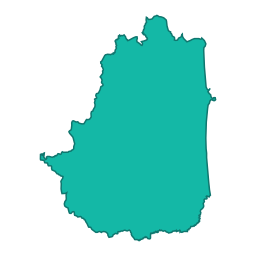 Sichon, Nakhon Si Thammarat, Thailand (Natural Earth projection)
{"feature_id": "78962969B22761856957978", "entity_name": "Sichon", "entity_type": "district", "adm_level": 2, "iso_a3": "THA", "parent_name": "Thailand", "parent_adm1": "Nakhon Si Thammarat", "projection": "natural_earth1", "projection_center": [99.813, 8.965], "detail": "fine", "context": "isolated", "style": "filled", "palette": "teal", "viewbox_px": 256, "rotation_deg": 0, "n_neighbors": 0, "source": "geoboundaries", "source_scale": "gbopen_adm2", "svg_char_len": 5774}
<svg xmlns="http://www.w3.org/2000/svg" viewBox="0 0 256 256"><path d="M101.5,82.2L101.7,82.9L102.9,84.2L103.0,85.2L102.6,85.7L100.8,86.8L100.1,89.7L98.4,93.1L96.5,93.7L96.1,94.3L95.8,95.8L96.6,97.4L96.7,98.0L96.3,98.5L95.2,98.7L94.6,99.2L95.1,100.6L94.5,102.6L95.1,104.7L94.9,106.8L93.2,109.8L92.8,111.1L91.5,111.6L91.0,113.3L91.2,116.7L90.8,117.6L89.5,119.3L87.8,119.6L86.5,119.5L83.9,123.8L81.9,123.9L79.1,123.2L77.8,121.8L76.1,122.0L73.9,121.0L73.1,120.8L72.3,121.3L72.0,122.0L71.7,123.0L71.8,125.3L71.4,128.8L71.0,129.9L69.4,131.0L68.9,131.8L69.7,133.4L72.8,137.0L73.2,138.0L74.7,143.8L73.8,146.4L73.7,148.8L72.6,149.9L71.5,150.3L71.0,151.1L69.0,151.4L68.0,152.2L63.4,152.3L62.3,151.8L61.6,152.6L61.1,154.0L60.2,154.4L59.1,153.8L58.0,153.7L56.7,155.5L56.3,155.7L55.6,155.6L55.3,156.0L54.9,155.9L54.0,156.9L53.4,156.7L52.3,157.3L49.3,156.5L47.3,156.5L46.4,157.2L46.7,158.5L45.7,159.5L43.6,157.0L43.9,156.4L44.3,153.0L43.8,153.2L43.3,154.6L42.5,155.4L42.1,155.1L42.0,153.9L40.5,154.4L40.4,159.1L40.6,159.9L43.9,160.4L44.3,161.1L44.7,162.7L47.5,163.1L48.1,165.3L48.4,165.8L50.8,165.8L51.3,166.0L51.6,166.6L51.6,168.4L52.0,169.9L55.1,171.3L57.1,173.8L58.1,173.9L58.9,174.8L59.9,175.0L60.5,175.8L63.0,176.5L62.7,178.3L61.4,180.4L60.9,181.5L61.3,183.6L61.1,188.9L61.5,191.5L62.0,193.6L65.5,193.4L66.7,192.7L66.1,194.9L66.3,198.8L66.1,199.9L64.9,201.6L64.3,203.9L64.7,205.9L65.8,206.9L68.1,208.1L68.4,209.8L69.3,212.9L69.8,213.3L71.0,213.4L72.5,211.8L73.7,211.7L74.1,212.0L74.3,212.6L74.5,214.8L74.7,215.3L76.6,215.9L77.8,217.0L80.6,216.5L81.1,216.8L81.9,218.1L83.6,218.4L84.3,219.7L85.2,220.0L85.7,221.6L87.0,223.5L88.6,227.1L90.7,227.3L91.9,229.4L95.8,232.3L97.3,232.3L99.1,231.5L100.0,231.6L101.4,232.4L102.0,231.9L103.4,231.5L105.5,231.8L107.4,233.3L107.8,234.1L108.0,235.6L109.0,237.3L112.0,236.7L112.7,236.1L113.1,234.9L115.1,233.6L115.9,233.4L116.5,233.7L117.6,233.7L117.9,233.2L117.8,232.1L118.1,231.7L119.9,231.7L121.2,231.0L122.5,231.1L124.2,230.3L125.0,230.2L126.1,230.7L127.3,230.9L129.3,230.1L130.3,230.9L130.7,232.3L131.2,233.0L131.5,233.8L131.3,234.4L132.0,235.9L134.3,238.6L134.6,239.5L136.1,239.7L136.9,239.4L137.7,239.9L138.1,239.8L138.7,240.5L139.3,240.6L140.0,240.2L139.8,239.7L140.2,239.4L141.8,239.3L142.7,238.6L143.1,238.6L143.2,238.0L144.3,237.7L144.6,237.2L145.7,237.5L145.9,236.8L147.0,237.4L147.9,238.6L149.6,238.9L150.1,238.7L150.5,238.0L150.5,234.1L150.8,233.2L151.3,233.1L151.8,233.6L152.2,233.3L152.8,233.4L153.0,232.8L153.5,232.7L153.8,232.9L154.1,232.3L154.8,232.8L155.6,231.5L156.6,232.3L156.9,232.0L156.8,231.5L157.1,231.4L157.5,232.4L158.1,232.2L158.1,231.1L159.4,230.6L159.6,230.1L160.2,230.6L160.9,230.2L161.0,230.5L161.9,230.5L163.1,231.2L164.9,230.7L165.6,231.1L166.2,231.9L167.9,232.4L168.6,233.0L171.8,232.3L172.6,231.3L173.3,231.1L174.3,231.1L174.9,230.7L175.8,231.1L176.2,230.5L176.5,231.5L177.2,231.3L177.7,230.8L178.2,231.0L178.5,230.8L179.3,230.9L179.8,230.2L180.2,230.6L180.1,232.1L180.4,231.9L181.9,232.3L184.2,231.4L187.4,231.5L187.4,230.2L187.7,230.2L187.8,229.8L188.9,229.6L188.8,228.9L190.0,228.3L190.5,227.6L190.8,226.5L193.1,226.4L193.9,225.7L194.3,226.0L194.9,225.0L195.6,225.2L196.8,223.5L197.0,223.6L197.5,222.8L197.9,223.0L198.5,222.5L198.7,221.6L198.9,222.0L199.6,221.3L199.4,219.9L200.0,218.4L199.0,217.9L199.4,217.6L199.9,216.4L199.2,216.1L199.0,215.5L199.4,215.0L200.2,214.9L200.4,214.5L200.8,212.6L200.3,211.4L200.7,209.9L202.5,208.5L203.6,206.8L203.7,205.8L203.2,203.4L204.4,201.6L204.0,200.1L204.3,199.3L204.7,199.0L206.3,199.0L206.9,198.7L207.1,198.0L206.2,196.6L206.5,196.1L207.0,196.0L209.2,196.9L209.8,195.6L210.4,195.2L209.5,189.9L208.7,182.3L206.6,157.7L206.6,153.2L206.1,148.8L205.8,138.1L206.3,121.9L207.6,108.4L208.1,105.0L209.4,103.2L209.9,101.1L210.9,99.8L212.2,99.8L212.6,100.2L214.0,100.7L214.8,100.5L215.6,99.7L215.2,97.7L214.1,97.6L213.5,97.8L213.0,98.5L211.8,98.0L211.0,96.7L210.6,94.7L209.0,93.4L208.7,92.6L207.9,91.8L210.2,88.4L208.6,90.3L207.2,89.3L206.1,87.1L204.4,67.0L203.7,50.4L203.9,47.6L204.6,46.7L205.0,46.5L205.7,44.5L205.8,43.7L204.4,40.6L201.8,38.1L201.6,38.8L200.7,39.2L198.7,38.6L194.5,38.6L192.1,39.5L190.1,40.6L186.9,41.8L183.9,38.8L182.8,37.1L182.4,35.9L182.3,34.1L181.7,34.7L181.3,36.6L180.6,37.2L178.6,38.1L177.5,40.1L175.8,40.4L174.4,40.0L174.6,38.5L174.4,37.3L172.3,36.0L171.5,33.8L170.6,33.1L170.6,31.9L169.3,31.4L168.2,30.2L167.0,25.8L166.5,21.2L166.2,20.0L164.1,18.1L163.2,17.6L161.2,16.9L158.9,16.6L157.7,15.7L156.8,15.4L156.1,15.9L154.2,16.4L152.0,19.0L150.8,19.3L148.4,19.5L147.4,17.9L146.4,17.3L146.1,19.9L146.5,22.5L145.5,23.4L145.4,24.6L144.5,25.7L144.2,26.8L144.4,28.2L144.2,28.9L143.6,29.5L143.6,30.1L143.3,30.6L142.8,32.2L142.2,32.7L143.6,34.6L144.0,34.7L144.1,34.2L144.4,34.8L145.0,34.9L145.2,35.3L145.6,35.4L145.8,36.5L146.4,37.3L147.0,37.6L147.0,38.4L147.4,38.9L147.1,39.5L146.3,40.1L144.0,41.0L141.4,41.6L142.5,43.2L142.4,44.5L141.9,45.4L141.0,45.0L139.8,43.7L137.0,41.8L136.7,40.5L137.3,38.3L137.0,36.8L135.6,36.9L133.4,37.8L128.8,40.3L127.9,40.6L127.7,40.2L127.4,40.3L127.1,39.5L126.5,39.2L125.8,37.9L125.6,36.9L124.1,34.9L122.6,35.7L121.5,35.5L120.8,35.7L120.4,36.4L120.4,36.8L120.1,35.4L119.6,35.0L119.1,35.7L118.5,35.9L118.4,37.9L118.7,38.1L118.2,38.3L118.0,39.0L117.3,39.2L117.3,39.6L116.6,39.5L115.8,40.0L115.6,40.9L115.1,41.1L115.8,42.4L115.6,42.8L116.1,43.6L116.0,44.6L116.6,45.3L115.9,46.9L116.4,47.8L116.4,48.3L115.2,50.1L115.0,52.0L114.7,52.2L114.8,52.5L114.2,52.6L114.0,53.4L113.6,53.3L113.4,53.7L113.1,53.3L112.8,54.0L112.1,53.9L110.5,54.7L110.0,54.4L108.6,54.5L108.0,54.2L105.5,54.8L104.7,55.6L101.7,61.2L100.7,61.9L100.8,63.3L102.0,64.6L101.6,66.4L102.4,67.1L103.3,69.4L103.2,70.2L102.5,71.1L102.8,72.2L102.6,73.6L100.2,76.8L100.3,77.2L101.2,78.1L101.9,79.7L102.0,80.5L101.5,82.2Z" fill="#14b8a6" stroke="#0f766e" stroke-width="1.5"/></svg>